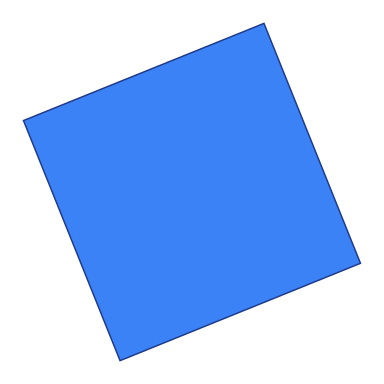 outline of Swisher, Texas, United States of America, rotated 248°
{"feature_id": "52423323B50579359224447", "entity_name": "Swisher", "entity_type": "district", "adm_level": 2, "iso_a3": "USA", "parent_name": "United States of America", "parent_adm1": "Texas", "projection": "mercator", "projection_center": [-101.671, 34.53], "detail": "fine", "context": "isolated", "style": "filled", "palette": "blue", "viewbox_px": 384, "rotation_deg": 248, "n_neighbors": 0, "source": "geoboundaries", "source_scale": "gbopen_adm2", "svg_char_len": 250}
<svg xmlns="http://www.w3.org/2000/svg" viewBox="0 0 384 384"><g transform="rotate(248 192 192)"><path d="M275.6,321.8L321.4,321.9L321.4,62.5L244.0,62.4L62.6,62.1L62.8,321.5L275.6,321.8Z" fill="#3b82f6" stroke="#1e3a8a" stroke-width="1.5"/></g></svg>